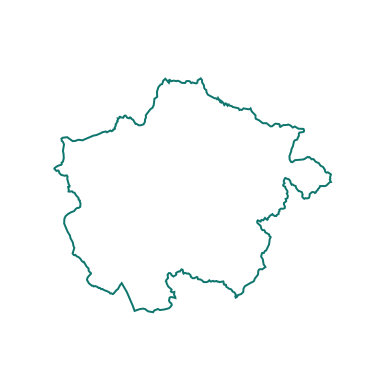 Bealanana, Sofia, Madagascar (Robinson projection), rotated 336°
{"feature_id": "10022922B56468572037030", "entity_name": "Bealanana", "entity_type": "district", "adm_level": 2, "iso_a3": "MDG", "parent_name": "Madagascar", "parent_adm1": "Sofia", "projection": "robinson", "projection_center": [48.911, -14.561], "detail": "fine", "context": "isolated", "style": "outline", "palette": "teal", "viewbox_px": 384, "rotation_deg": 336, "n_neighbors": 0, "source": "geoboundaries", "source_scale": "gbopen_adm2", "svg_char_len": 5995}
<svg xmlns="http://www.w3.org/2000/svg" viewBox="0 0 384 384"><g transform="rotate(336 192 192)"><path d="M57.9,199.6L58.4,201.5L58.8,201.9L59.8,202.0L60.8,204.3L61.8,205.2L62.8,207.3L63.3,210.2L64.2,211.9L64.8,211.9L65.4,217.4L66.4,219.8L65.6,221.7L65.9,223.3L66.6,224.7L66.5,225.5L61.9,227.6L60.3,229.5L60.7,233.6L62.5,237.0L63.4,237.3L63.7,238.2L65.5,238.7L67.2,240.6L67.6,241.7L68.8,242.1L69.5,243.8L70.6,244.1L71.9,246.0L74.2,248.2L75.9,250.4L76.0,251.4L77.1,251.8L78.1,253.0L79.1,252.9L83.4,250.8L84.8,250.6L88.3,247.9L90.7,246.7L91.8,256.8L91.6,271.9L91.2,277.3L96.4,277.7L99.8,278.6L101.5,279.8L103.4,283.2L107.6,286.0L109.3,284.9L113.2,285.0L114.7,286.8L119.1,288.1L123.5,288.8L125.6,288.2L127.6,287.0L127.8,285.4L126.9,283.8L126.8,281.9L128.6,279.4L129.6,279.3L131.3,280.1L133.7,282.1L134.0,281.0L133.8,278.7L135.2,276.1L133.4,275.8L132.2,274.4L133.7,272.8L131.8,268.6L131.7,264.8L132.1,263.5L131.8,262.9L133.2,261.7L135.0,261.0L136.1,257.6L137.8,256.7L139.0,257.2L139.6,258.6L139.5,259.7L140.6,261.6L143.5,261.3L144.3,260.7L144.5,259.5L145.1,259.3L147.8,259.2L148.6,259.7L150.9,258.4L151.7,259.1L151.8,259.5L151.0,262.5L151.1,263.2L152.8,263.0L154.2,264.5L155.8,265.1L156.8,267.4L156.5,269.0L157.5,271.0L158.7,271.6L161.9,271.6L162.2,272.0L162.0,274.1L164.1,275.3L165.4,277.2L166.0,279.0L168.3,280.1L170.0,280.4L171.9,279.7L172.7,281.5L175.0,281.7L175.7,282.7L178.3,283.3L178.8,284.3L180.1,284.9L180.4,285.5L184.2,286.4L184.2,287.3L183.6,288.6L183.8,289.9L184.5,289.9L185.3,290.7L184.8,292.5L186.6,295.5L188.1,296.8L188.6,298.4L188.5,299.3L189.9,301.0L190.3,303.7L189.0,305.1L189.0,306.3L190.2,306.2L192.2,304.9L195.3,305.2L197.3,304.6L198.3,304.0L199.7,301.3L201.9,299.6L209.0,298.8L211.4,298.8L212.6,298.4L214.1,296.7L218.7,294.3L220.5,291.0L221.6,290.2L222.8,290.2L224.7,291.2L228.6,290.4L228.0,287.2L229.3,282.3L228.9,279.2L229.7,277.9L231.3,276.2L232.8,276.9L234.5,275.6L235.9,275.6L241.1,271.2L243.8,266.7L245.4,265.4L245.5,264.8L244.8,263.8L245.2,262.2L242.5,258.6L242.7,257.1L242.3,256.1L240.9,255.5L240.4,254.0L240.9,250.7L239.2,247.2L239.3,246.0L239.7,245.2L240.6,244.7L242.6,246.9L244.0,245.8L245.6,246.8L248.2,245.4L249.0,247.6L249.5,248.0L250.1,247.8L250.6,246.8L252.5,246.1L253.1,245.5L256.5,244.9L256.7,246.1L257.9,247.6L259.2,248.2L260.2,247.4L262.2,247.3L262.9,245.7L264.1,245.2L264.5,243.8L266.6,243.4L268.5,244.4L270.2,244.4L270.9,243.3L271.0,240.5L271.5,239.4L274.0,238.9L274.4,238.6L274.7,236.4L276.5,236.5L277.8,235.0L278.1,233.7L278.0,231.9L279.0,231.3L279.5,230.0L279.0,226.5L279.3,225.0L278.5,224.4L277.9,223.2L278.5,222.3L280.2,221.6L280.0,220.1L280.3,219.2L282.4,217.3L283.0,217.2L284.6,219.0L285.6,219.6L286.2,222.1L285.8,224.2L286.0,226.0L287.0,226.0L287.9,227.6L289.1,228.6L288.8,231.1L289.8,234.6L290.6,234.9L292.3,236.9L292.0,239.6L291.1,240.3L290.8,241.9L291.8,243.9L293.0,243.7L294.5,244.7L296.5,244.9L297.6,243.8L298.6,241.8L301.7,240.9L303.3,241.7L303.9,242.9L304.7,242.9L306.2,241.7L307.4,241.5L308.5,240.5L309.9,240.1L311.4,238.7L316.3,240.8L317.8,240.6L322.0,239.0L323.0,239.3L323.0,236.6L323.8,236.1L324.1,234.7L326.1,232.4L324.1,229.2L323.0,229.2L322.2,228.3L322.0,227.3L322.5,225.4L322.1,224.4L322.1,222.8L320.1,220.2L319.6,217.3L317.2,214.5L316.5,211.7L316.0,211.1L314.6,210.8L313.5,207.9L312.5,207.7L312.0,207.0L308.2,207.6L306.5,207.4L299.0,204.8L296.0,205.6L294.8,205.0L294.4,202.2L295.6,198.9L299.4,194.9L300.1,193.5L303.0,191.0L305.6,187.4L307.0,186.6L309.4,186.9L311.0,185.2L312.4,184.3L313.3,182.2L314.4,181.4L317.4,182.3L318.7,182.3L319.4,181.5L319.5,179.7L314.9,177.4L312.6,174.0L310.3,174.1L309.1,171.4L307.4,169.5L305.7,169.3L302.6,168.0L299.1,168.4L298.9,167.5L299.5,166.2L299.2,165.4L296.2,163.6L295.1,163.6L292.1,164.5L290.4,164.0L288.1,159.5L284.6,157.9L282.4,153.7L280.1,151.1L280.1,150.3L281.2,147.8L279.3,142.6L279.5,139.5L278.6,139.8L277.3,139.4L273.1,136.6L270.8,137.3L269.8,136.5L268.7,136.4L268.5,134.4L263.8,130.9L263.3,129.8L261.3,128.1L261.2,127.2L259.8,127.6L260.0,126.5L259.3,126.5L258.9,124.9L256.9,125.8L256.7,125.2L257.1,124.0L256.8,122.9L256.1,122.7L256.1,122.1L255.1,122.3L254.8,121.8L254.9,121.2L254.4,121.0L254.5,120.6L255.4,120.2L254.7,119.6L254.7,118.9L254.1,118.9L254.0,117.0L253.5,117.6L253.1,117.1L252.6,117.3L252.4,116.5L250.7,115.5L246.1,109.6L245.8,106.8L246.5,104.7L245.6,103.1L245.5,101.9L246.3,99.1L245.8,96.0L246.7,94.0L246.0,90.9L246.0,91.6L245.2,92.1L243.3,92.1L242.6,92.4L241.1,94.4L240.0,94.5L236.8,92.1L235.6,92.2L235.0,90.0L233.1,88.7L231.9,88.5L230.0,89.6L227.5,88.4L226.8,87.8L225.5,85.7L224.1,84.5L222.8,84.4L220.6,82.8L218.0,82.3L217.3,80.5L216.4,80.6L215.9,82.3L215.3,82.9L213.7,77.7L211.1,78.6L208.6,81.3L206.9,81.1L203.9,82.6L200.8,86.1L198.9,90.9L195.6,91.6L192.4,97.0L190.3,98.9L187.6,99.5L181.1,103.0L180.1,105.4L178.8,106.4L177.5,108.8L175.2,110.5L172.0,110.1L170.5,109.4L169.0,107.1L168.1,106.8L167.6,102.2L166.5,100.6L166.3,99.3L165.7,98.6L164.6,99.1L163.5,98.3L162.9,97.5L162.7,95.9L162.0,94.9L161.0,95.0L159.4,96.2L157.6,95.0L156.8,93.9L156.4,93.9L156.1,94.7L154.7,95.0L154.1,94.6L153.9,95.7L152.7,96.6L152.8,97.2L151.6,97.8L150.8,98.7L149.8,99.0L149.3,100.4L147.2,102.1L147.3,102.9L145.7,103.2L145.3,103.0L144.7,103.6L143.3,103.8L142.4,102.6L138.6,102.9L137.8,101.6L133.8,100.9L132.8,101.2L127.7,101.1L125.0,100.4L112.9,100.2L109.5,98.1L106.0,97.8L103.7,97.0L100.3,91.2L96.2,89.9L94.5,90.1L93.8,92.3L94.5,93.6L94.4,96.5L90.9,101.8L90.1,105.1L88.6,109.0L86.4,111.8L84.8,112.2L84.3,113.6L83.7,114.0L81.6,113.6L78.8,113.7L76.4,114.2L75.7,114.8L76.7,117.6L78.5,117.9L78.8,118.3L78.6,120.8L79.5,123.2L82.5,125.5L84.3,125.8L84.6,127.1L83.5,129.0L83.0,131.5L82.5,135.0L82.7,136.7L82.1,137.3L80.9,137.0L80.3,140.1L79.4,141.3L79.8,141.7L82.7,142.6L83.2,144.0L84.4,144.9L84.6,147.2L85.9,151.5L85.3,152.8L86.1,154.2L85.6,154.9L85.5,157.1L83.8,160.1L82.1,160.4L80.5,159.9L79.0,160.2L76.4,161.5L72.9,161.3L69.6,161.7L66.6,162.7L64.5,164.6L62.4,168.8L62.2,177.7L62.8,182.1L62.2,184.8L62.6,189.4L61.7,193.6L61.8,195.2L57.9,199.6Z" fill="none" stroke="#0f766e" stroke-width="2"/></g></svg>